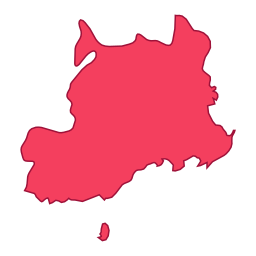 map outline of Central (Robinson projection)
{"feature_id": "FJI-2617", "entity_name": "Central", "entity_type": "Division", "adm_level": 1, "iso_a3": "FJI", "parent_name": "Fiji", "parent_adm1": "", "projection": "robinson", "projection_center": [178.241, -17.983], "detail": "fine", "context": "isolated", "style": "filled", "palette": "rose", "viewbox_px": 256, "rotation_deg": 0, "n_neighbors": 0, "source": "natural_earth", "source_scale": "10m", "svg_char_len": 3291}
<svg xmlns="http://www.w3.org/2000/svg" viewBox="0 0 256 256"><path d="M175.3,15.4L176.9,15.6L179.3,15.5L182.2,16.1L186.2,19.2L192.2,28.5L193.9,30.5L198.8,31.1L203.6,33.0L207.6,36.4L210.2,41.3L210.4,47.7L208.1,52.6L205.3,57.0L203.8,61.7L203.4,64.2L202.7,66.5L202.3,68.7L203.1,70.7L204.9,72.4L209.1,75.7L210.2,76.9L210.3,80.0L209.6,82.8L209.4,85.4L211.6,87.7L214.3,86.5L215.8,87.4L215.6,89.3L213.2,91.1L216.0,92.3L217.6,94.3L217.8,97.0L216.3,100.2L215.5,99.6L213.2,98.4L213.7,99.6L214.8,103.9L207.6,105.8L208.5,113.2L212.6,121.3L215.6,125.0L220.0,125.5L221.9,126.9L223.1,129.1L225.6,132.1L226.4,133.6L226.5,134.7L227.1,135.4L229.5,135.7L230.9,135.1L232.1,133.5L233.0,131.7L233.5,130.4L234.9,130.4L234.3,132.3L232.4,135.8L231.9,137.5L231.8,141.3L231.9,143.7L231.0,147.3L228.8,150.8L226.2,153.7L224.0,155.4L212.5,161.7L207.0,167.9L207.0,162.5L200.5,165.5L197.7,166.1L200.4,161.8L200.7,160.8L199.4,158.3L198.5,157.9L197.3,157.8L195.3,156.2L193.1,155.9L186.6,159.7L183.7,160.8L184.2,166.1L180.2,169.4L175.3,170.9L172.8,170.6L173.1,166.7L173.3,165.3L172.9,164.5L169.2,160.6L167.3,159.4L165.0,158.8L162.0,159.0L162.6,160.1L162.8,160.2L163.4,160.8L162.3,163.2L161.1,164.7L159.4,165.6L157.2,166.1L157.4,165.4L156.6,164.2L155.4,163.0L154.1,162.5L152.6,162.9L149.9,164.0L148.6,164.3L146.8,165.2L145.5,167.1L143.7,169.0L140.9,169.8L138.0,170.0L136.4,170.5L135.2,171.6L133.9,173.2L133.0,174.8L131.8,178.7L130.8,180.3L128.8,181.6L124.2,183.5L122.2,184.8L115.7,193.3L111.8,197.2L107.6,198.3L105.7,198.3L104.4,200.0L99.3,194.8L82.5,201.4L75.1,200.0L71.7,199.9L70.3,199.5L68.8,198.3L67.3,199.8L64.6,201.7L61.4,202.4L58.7,200.9L55.8,200.3L52.4,202.6L49.7,203.6L48.5,199.1L47.8,198.0L46.1,198.5L44.3,199.8L43.2,200.9L41.8,201.7L40.5,201.0L36.2,196.7L35.5,194.9L34.5,193.5L24.6,190.6L26.4,187.2L27.1,183.9L27.7,176.8L28.2,175.0L29.1,173.0L34.2,164.5L34.3,162.9L33.8,161.8L32.6,161.3L27.2,161.1L25.6,160.9L24.3,160.3L23.5,159.2L22.8,157.3L21.4,152.1L21.1,149.6L21.4,147.5L22.3,145.6L25.5,140.5L26.6,138.1L28.2,133.0L29.6,130.5L31.8,128.7L35.9,127.3L38.7,127.2L41.5,127.5L59.0,132.6L61.2,132.7L63.9,132.3L69.2,130.9L71.2,129.8L73.0,128.0L75.4,120.3L75.3,118.5L74.6,116.7L73.3,115.2L71.8,113.8L70.6,112.3L70.4,110.2L70.9,108.0L72.0,104.5L71.5,102.3L69.9,100.3L68.2,98.7L67.1,96.8L67.0,95.0L67.5,93.1L68.4,91.2L69.5,89.3L70.2,87.3L70.6,84.1L71.6,82.4L82.0,69.7L87.0,65.2L91.4,62.7L94.4,59.6L95.9,57.1L96.2,54.8L96.0,52.7L95.2,51.5L93.9,50.9L92.1,51.3L90.1,52.4L88.0,53.9L85.9,56.0L79.2,64.3L78.1,65.2L77.0,65.9L76.2,66.0L75.5,65.6L75.0,64.8L74.8,63.4L75.2,48.9L75.7,46.3L76.9,43.8L80.1,38.4L81.0,36.0L81.3,33.5L81.1,31.1L79.5,26.1L79.0,23.3L79.4,21.2L80.6,19.9L83.0,20.7L85.1,22.7L89.9,28.8L95.8,39.3L97.5,41.5L99.5,43.4L101.7,45.0L105.2,46.1L109.3,46.5L121.9,46.1L129.2,44.2L132.9,42.8L135.2,40.7L135.9,39.3L136.1,38.2L136.2,37.4L136.5,35.9L136.9,34.9L137.7,34.1L139.4,34.3L141.1,35.2L146.7,39.6L148.8,40.4L151.1,40.8L155.4,40.6L157.3,40.9L159.0,41.6L161.0,42.7L166.0,45.0L168.5,45.4L170.4,45.0L171.9,43.2L172.8,40.6L174.9,28.8L175.3,17.3L175.3,15.4ZM101.4,228.6L102.6,224.0L105.1,223.3L107.7,225.6L109.0,230.4L108.2,235.9L105.9,239.7L102.4,240.6L98.3,237.5L100.4,237.0L101.3,236.4L101.1,235.5L100.0,234.0L100.9,232.7L101.2,231.5L101.2,230.2L101.4,228.6Z" fill="#f43f5e" stroke="#9f1239" stroke-width="1.5"/></svg>